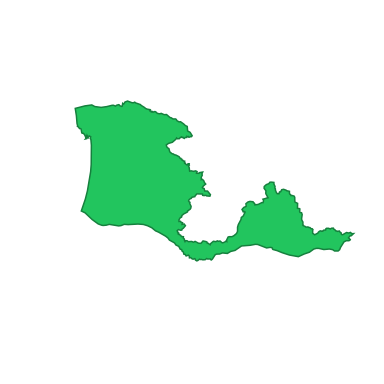 outline of Timaru District, Canterbury, New Zealand, rotated 140°
{"feature_id": "76426892B42496743885166", "entity_name": "Timaru District", "entity_type": "district", "adm_level": 2, "iso_a3": "NZL", "parent_name": "New Zealand", "parent_adm1": "Canterbury", "projection": "natural_earth1", "projection_center": [171.008, -43.976], "detail": "fine", "context": "isolated", "style": "filled", "palette": "green", "viewbox_px": 384, "rotation_deg": 140, "n_neighbors": 0, "source": "geoboundaries", "source_scale": "gbopen_adm2", "svg_char_len": 6047}
<svg xmlns="http://www.w3.org/2000/svg" viewBox="0 0 384 384"><g transform="rotate(140 192 192)"><path d="M98.1,56.1L95.0,56.3L96.3,57.3L96.6,59.2L98.4,59.9L99.6,61.6L103.9,62.4L104.6,63.0L104.7,63.7L104.0,65.0L104.4,66.1L104.2,67.4L106.0,68.4L106.1,69.0L106.8,69.7L106.8,71.4L107.3,72.3L106.9,73.4L108.4,74.6L109.8,74.8L110.7,76.4L112.2,77.7L113.0,77.8L114.1,77.0L115.6,78.1L116.5,78.2L117.0,77.9L118.0,78.6L118.2,79.4L119.4,80.0L121.0,80.0L122.1,79.6L125.5,80.4L126.1,82.8L124.2,85.1L123.6,85.3L123.5,86.5L124.3,87.2L124.5,88.9L125.4,89.9L125.6,90.7L126.7,91.4L127.5,92.3L127.5,93.0L128.4,94.7L128.4,95.5L127.7,95.8L127.4,96.6L126.7,97.2L126.2,98.1L126.0,99.8L125.1,101.2L122.1,103.9L121.4,105.7L122.4,107.0L121.9,108.2L120.9,108.9L120.2,110.0L121.7,111.7L118.4,115.4L119.5,117.9L119.5,118.4L116.7,121.9L116.4,123.2L117.5,124.9L118.5,125.6L118.1,126.6L118.5,127.4L118.1,128.5L116.9,129.9L118.7,132.2L118.7,132.8L120.1,135.2L121.8,136.1L124.0,135.2L124.9,135.8L126.5,134.8L127.8,135.9L127.7,137.4L126.9,139.8L126.1,140.8L126.0,141.8L124.8,142.9L124.2,145.3L123.1,146.7L124.9,148.6L126.0,149.4L127.8,149.0L130.3,149.9L133.1,149.8L134.4,148.5L134.6,145.4L136.3,143.6L136.7,142.6L137.0,140.5L137.6,139.5L137.3,139.2L137.4,138.7L142.3,140.9L142.4,140.0L143.2,139.0L144.4,138.2L145.3,139.0L149.2,139.9L152.1,141.7L151.5,142.6L151.4,143.6L151.8,144.2L151.5,145.3L153.7,147.6L155.6,148.4L158.2,148.4L159.6,146.3L160.0,146.2L162.2,146.9L164.9,146.5L165.5,143.9L164.8,144.0L164.2,142.5L168.1,140.7L170.6,140.8L172.2,139.4L177.4,137.3L179.7,135.8L182.4,132.6L184.5,131.6L188.2,131.6L190.1,132.1L192.3,133.9L193.3,134.3L196.2,133.0L197.2,131.8L197.4,132.6L199.2,132.6L201.1,133.3L201.6,133.9L202.0,136.4L203.5,137.3L204.0,138.3L205.6,138.6L207.3,140.5L210.9,140.5L212.0,139.9L212.6,142.4L213.2,143.0L212.7,144.0L213.2,145.1L215.0,147.4L218.1,146.9L219.9,148.5L221.4,152.2L223.2,152.6L224.0,154.3L226.7,156.3L227.1,157.8L228.1,158.8L229.2,158.5L228.8,160.0L228.1,160.9L228.3,162.3L227.3,163.3L228.7,164.7L228.5,166.2L229.6,168.6L229.2,169.2L228.6,169.1L228.9,170.4L228.4,171.0L228.4,171.8L226.6,172.0L225.3,170.0L224.3,169.4L223.3,170.0L222.0,169.8L218.7,170.4L218.6,172.6L220.4,173.6L219.0,174.6L219.8,175.7L219.6,176.9L220.9,177.8L219.8,179.1L217.7,179.8L216.2,179.5L216.0,179.9L215.5,179.9L215.2,180.4L214.5,180.5L212.4,180.5L208.8,179.7L208.1,179.7L207.6,180.3L204.5,180.0L203.3,180.4L201.9,181.6L201.1,184.7L200.2,185.4L200.5,186.4L200.4,187.3L199.1,188.0L197.1,187.9L196.8,187.6L195.4,188.0L192.8,186.6L192.2,187.0L189.4,187.4L185.3,183.7L186.0,182.6L185.0,181.4L184.4,181.2L183.4,180.3L183.3,179.6L181.0,177.3L179.6,178.1L179.5,182.7L181.6,184.6L180.5,186.8L181.3,188.3L181.1,188.9L179.2,189.3L176.4,189.3L176.4,191.2L175.7,193.3L176.0,195.1L176.9,195.5L176.2,196.0L176.2,196.5L175.5,197.3L173.3,198.3L172.8,199.5L171.0,200.4L173.9,202.1L174.6,201.8L176.2,203.1L176.5,203.5L175.0,204.4L175.6,205.8L177.6,206.9L179.0,208.7L180.4,209.5L178.4,212.6L178.0,214.1L176.8,214.3L176.7,214.8L176.0,215.4L176.9,216.2L178.1,215.8L178.6,216.2L178.9,217.8L178.8,218.1L179.1,218.7L178.6,218.9L178.7,219.5L177.8,220.3L178.7,221.3L178.6,222.2L179.1,222.7L178.7,223.6L179.1,224.2L178.9,224.9L179.4,225.4L179.2,227.4L180.6,230.7L181.7,232.0L181.7,232.9L182.7,234.2L183.2,237.1L181.8,240.1L182.4,242.0L182.0,243.5L181.4,244.6L178.7,244.3L175.1,242.7L170.4,242.8L169.1,243.3L169.0,242.2L167.5,241.0L165.8,241.3L165.5,240.9L164.5,240.9L164.3,239.8L163.7,239.5L163.8,238.9L163.5,238.0L162.0,238.1L161.0,237.2L160.2,237.8L160.1,237.3L159.2,237.0L159.3,236.2L158.6,235.6L157.3,235.3L156.8,234.7L155.7,235.0L155.1,238.9L156.1,241.6L153.5,245.3L154.4,247.2L154.6,249.3L155.6,253.2L156.8,254.0L157.7,256.3L157.4,257.7L157.6,258.5L159.4,260.0L159.9,260.8L160.0,261.8L161.0,263.3L161.7,267.7L163.6,269.1L165.1,272.1L166.3,272.5L167.8,274.2L168.1,275.0L168.2,276.5L168.7,277.5L170.4,278.1L171.8,279.6L171.6,280.2L171.3,280.1L171.8,280.8L171.6,281.3L172.1,281.4L171.8,282.3L171.4,282.3L173.0,284.2L173.8,285.7L174.1,287.4L175.3,291.1L175.3,292.1L178.1,296.8L178.1,297.6L179.7,298.1L180.6,299.0L182.9,303.1L185.5,304.0L187.8,303.3L188.1,303.4L188.2,304.4L190.3,302.6L190.7,302.6L191.8,304.3L191.8,305.7L192.1,306.1L194.2,307.0L195.4,306.9L196.3,308.8L197.5,309.8L202.4,312.2L207.2,315.2L211.5,319.9L212.8,323.1L218.7,326.8L227.7,331.1L231.5,324.8L236.1,318.3L236.9,316.5L237.6,315.9L237.2,315.0L237.4,312.9L236.6,312.2L236.5,311.5L238.3,308.4L238.4,307.6L237.6,306.9L237.4,305.2L238.1,302.6L238.9,301.2L239.4,301.1L238.6,300.7L238.5,301.0L238.8,301.2L238.4,301.6L238.2,301.3L237.4,302.2L237.3,301.6L237.2,302.3L236.5,302.9L236.2,302.6L236.7,302.2L236.2,302.6L236.4,302.0L236.0,302.3L236.8,300.9L237.0,301.0L237.3,301.3L236.9,300.9L237.0,300.4L237.6,300.7L236.7,300.1L236.1,301.4L235.4,301.2L234.4,300.7L234.6,300.1L234.1,299.5L235.5,298.3L235.7,297.2L239.0,292.5L251.6,277.8L256.6,272.7L271.5,260.0L278.3,255.1L289.0,248.6L287.3,244.8L286.2,235.2L284.4,227.9L282.6,224.7L281.6,223.5L279.0,221.7L276.2,220.4L270.0,213.2L268.0,211.9L264.7,210.8L261.9,208.1L254.0,202.2L250.1,198.4L247.7,194.7L245.8,190.5L244.9,185.7L243.4,182.7L240.6,175.1L240.0,172.2L240.2,169.7L238.1,164.2L238.4,161.8L237.1,158.9L237.8,155.6L236.9,154.6L237.6,153.1L237.2,151.7L238.2,149.5L237.3,148.5L237.6,146.8L235.3,145.9L235.2,144.9L236.3,143.2L235.1,142.5L234.9,140.7L234.3,139.8L232.7,139.2L232.6,138.8L233.1,137.7L232.7,136.3L231.8,135.8L229.4,135.7L228.8,134.7L227.9,134.1L227.5,133.3L226.0,132.1L225.2,131.6L223.5,131.6L223.1,130.6L221.0,128.9L221.1,127.8L220.9,127.5L219.5,127.5L214.7,129.0L213.2,128.7L210.8,126.8L207.8,125.7L204.4,122.2L200.6,121.6L196.6,119.6L188.7,118.8L181.7,113.8L177.1,111.2L175.4,109.6L170.8,101.2L167.8,99.4L166.7,98.2L166.5,97.7L167.0,96.4L166.9,95.9L164.5,92.4L161.9,87.5L157.9,81.1L152.1,74.1L145.9,72.4L140.8,70.4L135.4,70.0L133.0,68.9L131.2,67.4L128.0,63.2L123.4,60.0L121.3,57.4L120.7,55.2L118.0,52.9L116.0,52.9L113.8,54.1L107.6,56.1L105.1,55.5L103.1,53.8L101.7,53.6L101.3,53.8L101.6,56.3L99.0,56.8L98.1,56.1Z" fill="#22c55e" stroke="#15803d" stroke-width="1.5"/></g></svg>